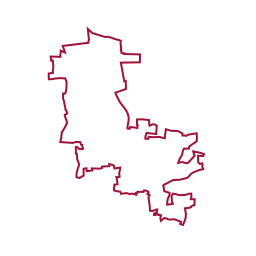 Tinum, Yucatán, Mexico, rotated 82°
{"feature_id": "50627088B49969803808999", "entity_name": "Tinum", "entity_type": "district", "adm_level": 2, "iso_a3": "MEX", "parent_name": "Mexico", "parent_adm1": "Yucatán", "projection": "mercator", "projection_center": [-88.459, 20.741], "detail": "fine", "context": "isolated", "style": "outline", "palette": "rose", "viewbox_px": 256, "rotation_deg": 82, "n_neighbors": 0, "source": "geoboundaries", "source_scale": "gbopen_adm2", "svg_char_len": 5883}
<svg xmlns="http://www.w3.org/2000/svg" viewBox="0 0 256 256"><g transform="rotate(82 128 128)"><path d="M169.1,178.6L162.1,177.6L162.1,174.7L165.0,174.8L165.0,169.2L163.0,169.4L163.9,163.9L164.3,162.5L164.3,161.9L164.1,160.5L164.2,159.9L164.0,159.3L162.6,159.1L163.2,151.8L161.8,151.7L161.1,151.6L162.1,149.2L163.2,147.2L166.2,147.1L166.1,141.2L167.1,141.4L168.7,142.0L170.0,142.4L170.9,142.8L171.6,143.0L171.9,143.0L172.5,143.2L173.1,143.0L174.3,143.1L175.3,143.2L175.2,143.9L175.2,144.8L175.1,145.6L175.0,146.4L175.8,146.2L177.4,146.1L177.7,146.1L178.5,146.1L179.1,146.2L180.5,146.1L181.4,146.2L181.9,146.2L182.2,146.2L182.3,147.4L182.3,148.5L182.1,149.3L183.0,149.5L183.1,149.4L183.5,149.7L184.3,149.7L184.6,149.8L185.2,150.3L185.5,150.3L186.2,150.2L187.1,150.6L187.4,150.6L188.1,150.2L188.4,149.6L188.6,148.9L189.0,148.0L189.4,146.8L189.8,145.1L189.8,144.7L191.2,144.1L192.1,144.1L192.3,139.2L192.1,138.8L193.6,135.7L193.6,132.7L193.9,132.1L194.8,130.2L195.2,129.5L193.6,129.3L194.1,128.2L192.5,127.6L193.1,123.8L193.2,122.9L193.2,122.5L193.5,121.5L192.1,121.0L192.2,119.6L193.9,116.8L194.4,116.5L196.0,118.0L197.1,116.4L197.5,115.9L198.4,116.5L198.9,117.1L200.0,117.5L200.4,117.3L207.0,117.4L208.2,117.4L209.0,117.4L213.1,117.7L213.6,115.1L213.3,114.2L213.1,112.6L212.7,111.4L212.7,110.4L214.5,110.9L216.0,111.4L216.0,112.0L216.1,113.3L216.3,114.0L217.8,114.4L217.9,113.3L217.6,112.1L217.6,111.5L217.6,110.6L217.8,109.8L218.4,109.9L219.0,107.4L220.5,107.9L221.0,108.3L221.6,108.5L224.5,108.3L223.1,105.9L222.1,104.5L222.3,103.9L223.3,102.1L223.5,101.8L224.1,100.9L224.5,99.3L224.6,98.5L224.6,96.7L224.8,95.7L224.8,94.8L225.1,94.4L227.3,90.3L228.3,88.5L230.2,89.7L231.7,87.0L228.4,85.2L227.9,84.8L225.2,83.5L224.5,83.4L223.8,83.1L222.2,82.8L219.7,82.6L215.4,82.8L215.5,81.0L215.6,80.9L215.5,79.7L215.5,78.9L215.2,76.5L214.2,76.0L214.1,75.8L213.7,74.2L213.8,73.7L213.7,73.0L207.9,71.9L207.2,75.7L205.1,74.8L201.8,74.5L201.8,74.9L201.6,76.5L201.6,77.2L201.7,77.5L201.8,77.9L201.8,78.2L202.2,80.1L202.3,80.9L202.1,82.4L202.0,83.6L201.8,85.2L201.6,86.5L201.1,87.8L200.5,89.0L200.0,90.3L199.2,92.8L200.2,93.4L200.8,93.8L201.3,94.2L201.5,94.3L202.1,94.4L203.5,94.5L204.4,94.5L205.4,94.7L206.3,94.7L207.2,94.7L207.6,94.6L208.3,94.3L209.3,94.1L209.2,95.3L209.5,96.2L209.5,96.5L209.3,98.1L209.4,99.4L209.3,100.0L207.9,99.6L206.1,99.2L205.3,99.0L204.5,98.7L203.4,98.4L202.2,97.5L201.5,97.1L201.1,96.8L200.8,96.6L199.5,96.1L198.2,95.8L197.9,96.2L197.8,96.4L197.5,96.8L197.3,97.4L197.0,98.0L196.4,99.1L195.8,100.8L194.5,101.0L194.0,101.0L193.4,100.9L192.7,100.9L189.8,101.1L189.6,100.6L189.3,100.1L188.9,99.5L188.6,98.4L188.0,96.4L187.7,95.8L187.3,95.1L187.1,94.3L186.9,93.8L186.7,93.3L186.4,92.1L186.2,91.6L186.0,91.2L186.0,90.6L185.8,90.2L185.9,89.4L185.9,89.2L186.0,88.5L186.1,87.9L186.1,86.9L186.4,85.5L186.5,84.3L186.1,80.6L186.0,79.9L185.9,78.1L185.6,76.4L185.5,76.0L185.2,75.6L184.1,74.2L183.4,73.3L182.5,72.4L182.2,72.0L181.1,69.6L180.8,68.3L180.6,67.8L180.6,67.5L180.0,65.3L179.8,64.7L179.8,64.3L179.6,63.7L179.6,63.3L179.5,63.1L179.3,62.0L179.4,61.2L179.3,60.1L179.1,59.2L176.4,59.8L175.6,59.4L174.9,59.3L174.1,59.3L173.2,59.7L173.6,61.8L171.6,63.3L165.2,62.5L166.2,57.4L165.7,57.1L164.4,56.4L163.7,57.6L163.2,58.8L162.6,60.0L161.6,62.8L161.5,63.3L161.2,64.1L160.9,65.1L160.6,65.7L160.2,66.2L160.1,66.5L159.4,66.9L164.8,65.9L171.1,73.7L170.7,76.1L169.4,78.5L169.3,80.4L169.5,83.2L165.7,81.1L162.0,78.1L158.1,76.8L156.1,75.3L156.4,74.7L156.4,74.0L156.9,70.6L154.8,70.0L150.6,61.7L145.8,61.0L142.8,60.8L143.0,69.5L143.7,70.8L143.9,71.6L143.6,72.2L143.4,72.5L143.2,73.3L143.0,75.1L141.0,74.9L140.5,75.3L140.4,75.7L139.8,76.4L139.6,76.8L139.1,77.5L138.4,78.3L138.1,78.8L137.8,79.9L137.2,83.1L137.1,84.2L136.7,85.8L135.0,89.6L134.9,89.9L134.5,90.7L135.4,90.9L139.5,92.1L140.9,92.4L143.2,93.0L142.5,95.2L142.0,96.5L141.4,97.4L140.7,102.9L140.6,104.7L139.6,108.6L141.6,109.6L141.3,110.7L141.0,112.3L139.2,112.0L136.3,110.8L135.4,110.3L135.8,109.2L137.8,101.1L134.1,100.1L131.7,99.7L129.8,99.2L129.1,100.1L128.4,100.8L128.1,101.3L127.8,103.2L127.8,103.5L128.1,104.1L128.3,104.8L128.7,106.3L127.7,106.3L126.5,106.4L126.0,106.3L125.1,106.3L123.8,106.0L123.1,106.0L121.5,112.2L121.2,113.9L121.1,115.6L120.8,118.0L126.1,118.6L126.2,118.1L126.6,118.0L129.3,118.8L128.1,122.5L127.4,125.8L129.0,126.4L128.5,128.5L126.6,128.3L120.1,126.2L118.3,125.9L117.2,125.9L115.3,126.1L112.4,126.6L109.6,127.8L101.7,132.2L100.4,132.8L92.3,135.5L92.1,135.6L91.2,135.5L91.0,134.0L89.1,124.6L81.0,123.7L81.2,125.2L62.3,126.0L64.3,109.6L64.6,107.7L64.6,107.1L56.8,105.9L54.2,121.4L53.5,121.3L53.0,123.9L50.5,123.9L50.4,124.3L49.8,124.2L49.2,123.9L48.5,123.8L44.3,123.6L41.7,123.4L40.8,123.1L40.6,123.0L39.9,124.2L39.3,125.4L38.7,127.1L38.2,128.3L36.5,131.5L34.9,135.0L34.6,138.3L33.6,140.2L31.9,144.0L30.1,147.7L29.1,150.0L24.3,154.0L35.3,154.4L36.0,154.7L37.3,155.4L38.1,155.4L37.7,178.2L37.6,181.2L44.5,179.9L42.1,183.8L43.7,184.1L46.3,184.9L48.1,185.0L46.5,194.7L50.7,194.7L50.7,193.1L57.4,193.4L60.0,194.4L62.9,194.6L62.9,195.6L63.0,198.9L63.2,199.0L68.7,199.6L69.0,197.2L68.9,195.9L69.0,195.3L68.9,193.4L69.0,189.8L69.2,188.9L69.4,186.6L69.7,185.6L69.9,185.0L70.0,183.3L73.6,182.4L80.6,183.5L85.2,185.3L84.9,187.6L90.0,188.2L91.3,187.8L101.6,187.2L102.5,186.6L105.2,186.1L106.2,188.9L108.2,188.7L114.1,187.5L117.2,189.4L118.3,190.2L121.4,192.7L122.6,193.6L122.9,194.2L123.8,194.3L125.4,194.8L125.7,194.8L128.1,195.4L132.5,197.0L135.1,184.6L134.6,182.0L134.6,181.4L134.7,180.3L135.4,177.2L137.4,177.0L138.2,176.6L138.3,176.3L138.2,176.0L138.3,175.8L139.0,175.7L142.4,175.5L142.6,175.8L142.5,176.5L142.1,177.7L141.9,179.5L140.6,180.3L140.1,180.7L139.7,181.2L139.5,181.5L139.5,182.0L139.7,182.4L143.5,182.8L146.1,183.1L146.4,182.3L151.1,182.6L152.9,182.4L154.7,182.0L157.5,181.4L160.8,183.2L166.0,185.3L169.4,185.9L170.8,183.0L169.3,179.5L169.1,178.6Z" fill="none" stroke="#9f1239" stroke-width="2"/></g></svg>